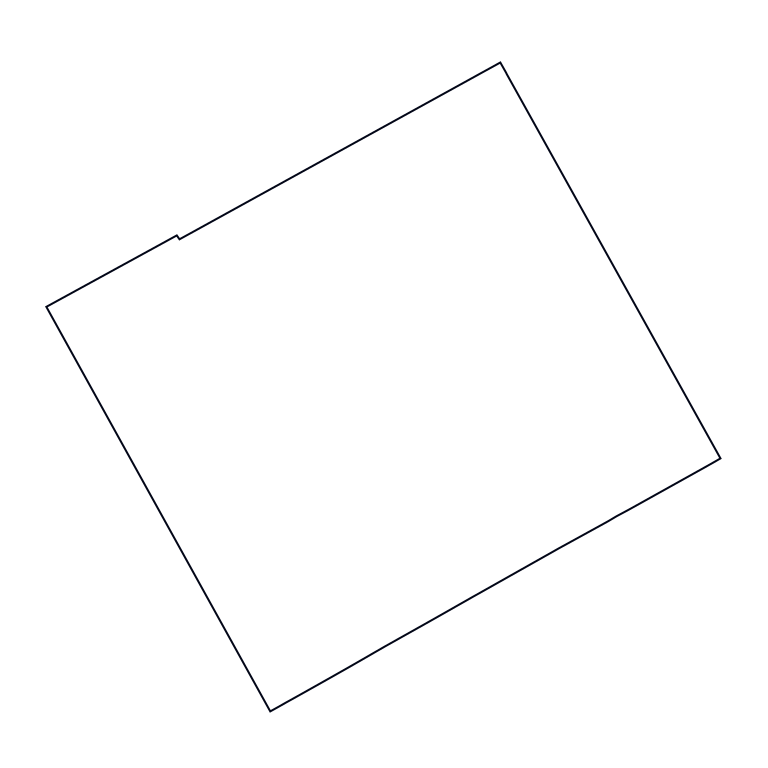 the district of Prowers, Colorado, United States of America, rotated 61°
{"feature_id": "52423323B94431049458493", "entity_name": "Prowers", "entity_type": "district", "adm_level": 2, "iso_a3": "USA", "parent_name": "United States of America", "parent_adm1": "Colorado", "projection": "orthographic", "projection_center": [-102.223, 37.956], "detail": "fine", "context": "isolated", "style": "outline", "palette": "ink", "viewbox_px": 768, "rotation_deg": 61, "n_neighbors": 0, "source": "geoboundaries", "source_scale": "gbopen_adm2", "svg_char_len": 489}
<svg xmlns="http://www.w3.org/2000/svg" viewBox="0 0 768 768"><g transform="rotate(61 384 384)"><path d="M159.2,126.4L158.3,492.7L153.6,493.2L152.8,641.9L615.2,642.2L615.2,633.8L615.1,624.5L615.1,612.3L614.9,576.4L614.8,564.3L614.6,546.4L614.2,522.7L614.0,510.5L613.9,493.5L613.7,457.3L613.2,409.1L613.2,407.5L612.5,310.4L612.7,254.6L612.4,244.7L612.6,230.8L612.4,141.3L612.3,131.0L612.2,125.8L172.3,126.4L171.2,126.3L159.2,126.4Z" fill="none" stroke="#020617" stroke-width="2"/></g></svg>